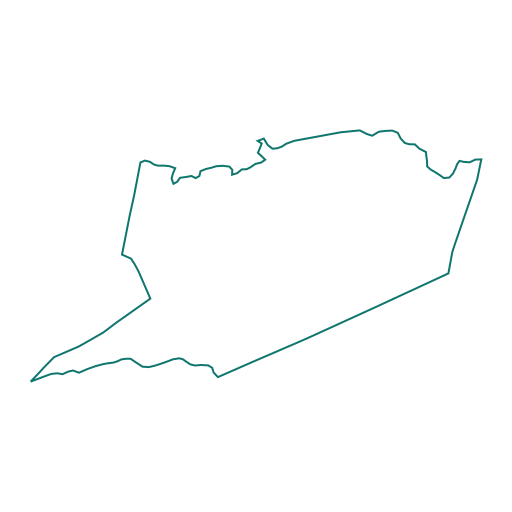 União dos Palmares, Alagoas, Brazil (orthographic projection)
{"feature_id": "56859067B51889338101511", "entity_name": "União dos Palmares", "entity_type": "district", "adm_level": 2, "iso_a3": "BRA", "parent_name": "Brazil", "parent_adm1": "Alagoas", "projection": "orthographic", "projection_center": [-36.041, -9.125], "detail": "fine", "context": "isolated", "style": "outline", "palette": "teal", "viewbox_px": 512, "rotation_deg": 0, "n_neighbors": 0, "source": "geoboundaries", "source_scale": "gbopen_adm2", "svg_char_len": 1719}
<svg xmlns="http://www.w3.org/2000/svg" viewBox="0 0 512 512"><path d="M448.4,273.4L452.3,252.1L454.4,245.6L455.9,241.2L477.1,179.8L481.3,159.4L475.3,159.6L469.7,162.3L463.8,161.9L459.5,160.9L457.1,164.2L455.6,168.3L453.0,173.5L449.4,177.5L444.0,178.1L440.1,175.4L435.9,172.6L430.9,169.7L427.2,166.5L427.0,160.9L426.3,155.9L425.9,152.0L419.3,148.6L414.9,144.4L408.9,144.2L404.7,142.9L400.6,138.4L397.8,132.8L392.2,130.6L385.7,130.9L378.9,131.7L372.2,135.7L366.8,134.0L359.8,130.4L340.6,132.3L294.3,140.8L286.3,143.7L281.9,146.6L277.1,148.3L272.5,148.7L267.7,145.0L263.8,138.6L257.7,140.9L261.7,143.5L260.0,147.9L257.9,152.8L262.1,156.6L265.2,159.7L261.2,162.5L255.5,163.9L250.4,167.3L246.7,169.2L241.9,169.4L237.1,173.2L232.1,174.7L232.3,169.9L229.4,166.6L222.8,165.8L216.3,166.2L211.5,167.7L205.9,169.0L200.5,171.2L199.4,176.0L195.7,178.1L191.5,176.0L185.9,177.0L180.0,177.8L177.2,181.8L173.5,183.8L171.6,178.7L172.8,173.9L175.2,168.2L169.2,166.1L163.2,165.6L158.2,165.7L154.1,164.6L149.9,161.8L144.9,160.6L140.4,162.5L134.1,195.6L129.8,215.0L122.0,254.6L131.0,258.6L134.7,264.3L138.7,271.7L150.3,298.6L131.4,312.0L116.8,322.3L103.1,332.6L84.1,343.5L78.5,346.6L74.8,348.2L54.1,357.1L43.8,367.6L39.9,371.9L30.7,381.6L43.6,376.7L51.3,373.9L57.3,373.3L62.6,374.2L68.2,371.6L73.0,370.5L79.0,372.7L87.3,369.1L95.4,366.2L102.9,364.2L107.2,363.4L113.3,362.6L117.7,361.2L121.4,359.4L126.8,358.7L130.6,358.8L137.0,363.1L142.6,366.7L148.8,367.1L154.8,365.7L159.5,364.2L165.1,362.3L173.0,359.3L179.2,358.3L183.0,359.3L186.1,361.6L190.4,364.4L194.9,365.5L201.1,365.0L208.2,365.4L212.2,367.8L213.6,372.5L217.9,377.1L253.5,361.5L299.2,341.8L308.5,337.7L373.2,308.2L448.4,273.4Z" fill="none" stroke="#0f766e" stroke-width="2"/></svg>